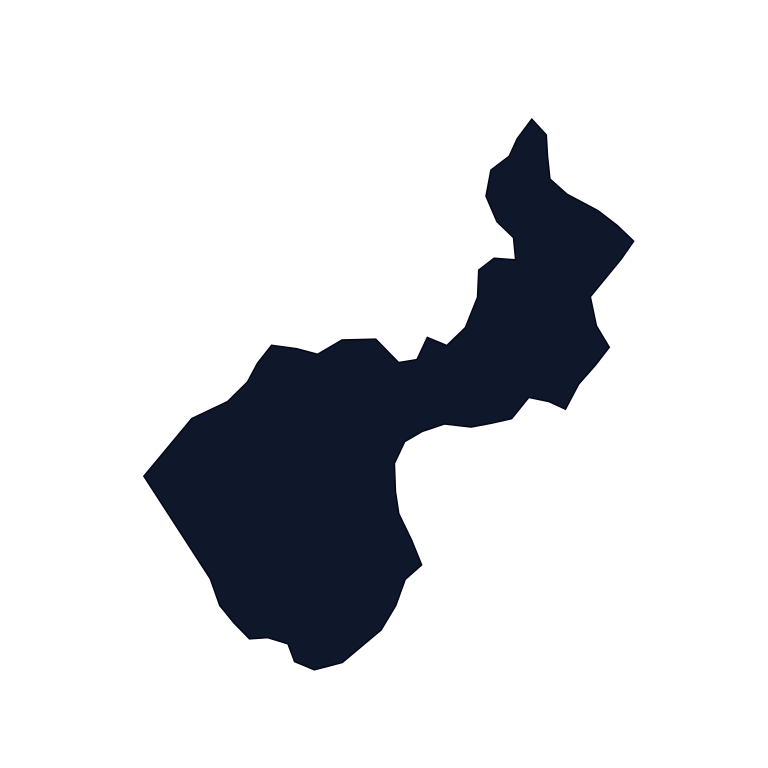 Bayeux, Paraíba, Brazil (orthographic projection), rotated 15°
{"feature_id": "56859067B44208898330061", "entity_name": "Bayeux", "entity_type": "district", "adm_level": 2, "iso_a3": "BRA", "parent_name": "Brazil", "parent_adm1": "Paraíba", "projection": "orthographic", "projection_center": [-34.916, -7.125], "detail": "fine", "context": "isolated", "style": "filled", "palette": "ink", "viewbox_px": 768, "rotation_deg": 15, "n_neighbors": 0, "source": "geoboundaries", "source_scale": "gbopen_adm2", "svg_char_len": 973}
<svg xmlns="http://www.w3.org/2000/svg" viewBox="0 0 768 768"><g transform="rotate(15 384 384)"><path d="M588.2,181.4L567.8,170.3L545.8,161.2L511.6,153.3L491.2,143.0L483.0,121.6L476.3,101.4L458.2,89.9L449.2,112.5L446.0,131.5L431.9,149.7L433.9,176.2L451.1,198.0L471.2,209.1L479.0,230.0L457.8,234.0L446.0,249.4L451.9,276.0L448.0,308.4L434.7,330.6L413.8,327.8L409.5,351.9L392.6,359.5L364.4,342.8L332.1,352.3L312.1,372.5L290.5,372.5L265.4,375.7L256.4,396.7L251.6,417.3L237.5,441.4L207.3,467.1L175.9,535.2L266.6,617.1L282.7,640.5L300.7,653.5L320.0,665.0L337.3,659.1L358.5,659.9L369.5,675.3L390.7,678.1L415.8,663.8L428.0,646.4L444.9,622.3L452.7,595.0L455.1,567.2L467.2,549.0L451.1,527.7L431.9,505.5L422.9,484.9L414.6,458.0L418.9,434.3L433.1,420.0L452.7,407.0L479.4,403.0L498.3,393.9L516.3,384.4L527.3,359.5L547.8,358.3L565.8,361.4L572.1,333.7L583.1,311.6L592.1,290.2L574.1,272.8L560.7,246.3L580.8,201.9L588.2,181.4Z" fill="#0f172a" stroke="#020617" stroke-width="1.5"/></g></svg>